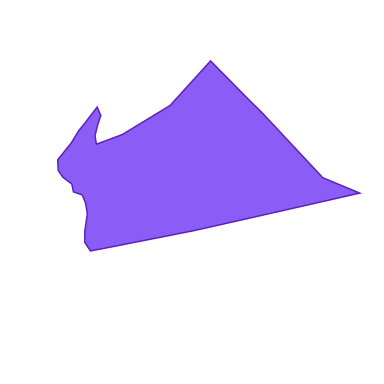 Telha, Sergipe, Brazil (Albers equal-area conic projection), rotated 221°
{"feature_id": "56859067B37767461390703", "entity_name": "Telha", "entity_type": "district", "adm_level": 2, "iso_a3": "BRA", "parent_name": "Brazil", "parent_adm1": "Sergipe", "projection": "albers", "projection_center": [-36.872, -10.187], "detail": "fine", "context": "isolated", "style": "filled", "palette": "violet", "viewbox_px": 384, "rotation_deg": 221, "n_neighbors": 0, "source": "geoboundaries", "source_scale": "gbopen_adm2", "svg_char_len": 550}
<svg xmlns="http://www.w3.org/2000/svg" viewBox="0 0 384 384"><g transform="rotate(221 192 192)"><path d="M317.7,164.1L315.3,149.6L314.5,128.2L307.1,120.5L299.2,118.4L288.0,119.2L281.5,114.3L272.9,117.8L265.0,113.8L256.6,106.8L247.2,92.1L239.8,83.6L230.0,80.9L222.4,90.5L173.0,154.1L165.2,164.1L122.4,222.4L64.7,301.2L102.6,288.6L177.6,296.4L190.0,297.7L210.9,299.0L264.0,303.1L265.3,242.9L282.3,189.7L295.5,165.4L302.1,170.8L306.9,180.1L311.1,190.0L319.3,193.8L318.1,174.5L317.7,164.1Z" fill="#8b5cf6" stroke="#5b21b6" stroke-width="1.5"/></g></svg>